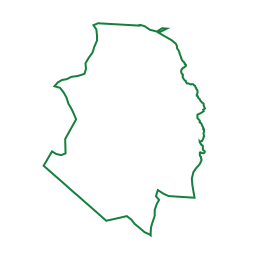 outline of San Lucas Zoquiápam, Oaxaca, Mexico, rotated 97°
{"feature_id": "50627088B48388280535597", "entity_name": "San Lucas Zoquiápam", "entity_type": "district", "adm_level": 2, "iso_a3": "MEX", "parent_name": "Mexico", "parent_adm1": "Oaxaca", "projection": "orthographic", "projection_center": [-96.922, 18.111], "detail": "fine", "context": "isolated", "style": "outline", "palette": "green", "viewbox_px": 256, "rotation_deg": 97, "n_neighbors": 0, "source": "geoboundaries", "source_scale": "gbopen_adm2", "svg_char_len": 4320}
<svg xmlns="http://www.w3.org/2000/svg" viewBox="0 0 256 256"><g transform="rotate(97 128 128)"><path d="M27.7,170.5L27.8,170.7L30.2,174.8L34.1,171.4L40.2,170.0L41.1,169.9L44.1,169.5L44.9,169.4L46.2,169.8L48.4,170.4L49.7,170.8L50.5,171.0L51.7,171.4L54.0,171.8L54.8,171.9L57.2,172.4L57.5,172.4L63.2,175.6L63.4,175.7L65.0,176.4L66.5,177.0L69.0,178.1L72.1,177.4L72.8,177.3L73.9,177.0L74.4,176.9L77.7,177.5L79.6,177.9L82.4,184.0L84.2,190.6L87.0,194.7L88.4,199.4L91.3,203.2L95.5,206.1L96.4,200.4L100.7,196.1L105.2,192.8L111.3,190.0L112.1,189.3L115.4,186.8L116.8,185.8L117.8,185.2L120.9,183.3L125.7,180.6L128.6,181.7L146.5,189.0L150.7,188.4L160.8,186.9L161.0,187.2L163.1,191.1L162.9,192.7L162.5,196.1L161.2,199.1L160.5,200.6L162.9,201.6L164.9,202.5L166.4,203.1L167.7,203.7L169.9,204.6L171.6,205.3L172.7,205.8L174.2,206.5L174.6,206.6L175.7,207.1L176.1,206.6L180.9,199.6L187.5,189.9L187.6,189.7L190.8,185.0L195.0,178.9L199.2,172.8L201.8,168.8L204.1,165.5L206.2,162.5L208.3,159.3L210.1,156.7L211.6,154.5L222.7,138.3L221.9,136.0L220.7,132.6L218.8,127.2L217.6,123.9L216.6,121.2L215.6,118.4L218.6,113.5L222.5,109.5L226.2,103.7L227.6,101.5L229.4,98.9L230.5,95.2L230.8,94.2L231.8,92.4L230.5,92.6L227.9,92.8L226.3,92.9L224.8,93.0L224.3,93.1L223.6,93.0L221.7,92.7L219.2,92.3L218.7,92.2L213.4,91.1L212.3,90.9L211.8,90.8L211.0,90.9L206.9,91.4L206.2,91.4L205.8,91.5L204.8,91.2L204.1,91.1L200.0,90.2L198.3,89.5L196.0,88.6L195.6,88.4L192.2,92.0L186.0,90.8L189.0,84.5L189.0,84.4L189.5,82.9L189.9,81.6L190.3,80.2L190.6,79.3L190.5,77.2L190.3,74.6L190.3,74.1L190.3,73.7L189.1,53.5L186.5,54.2L184.1,55.0L182.0,55.6L180.7,56.0L177.0,57.1L176.0,57.3L172.7,58.0L170.7,58.4L170.2,58.5L169.0,58.3L165.6,57.9L163.8,57.7L160.5,56.0L159.4,55.4L155.8,52.8L155.3,52.5L153.6,51.9L151.1,51.1L150.6,51.3L150.1,51.2L149.4,51.8L148.4,51.8L147.9,51.9L147.1,53.0L146.0,53.4L145.4,53.5L144.7,53.6L143.9,53.7L143.4,53.5L143.3,53.2L143.5,52.4L143.9,51.7L143.9,50.0L143.7,49.6L143.4,49.3L142.7,49.0L142.1,48.9L141.8,49.0L141.6,49.2L141.0,50.2L140.9,50.5L140.5,50.8L140.4,51.0L140.0,51.1L139.7,51.2L139.4,51.1L139.0,51.2L138.6,51.3L138.3,51.3L138.0,51.5L137.2,51.4L136.4,51.7L136.1,52.1L136.0,52.7L135.7,53.1L135.5,53.3L135.4,53.5L135.1,53.6L135.0,53.8L134.6,54.0L134.3,54.2L133.7,54.9L133.2,55.1L132.7,55.2L133.2,54.7L132.3,54.1L131.9,52.9L131.7,52.8L131.3,52.8L131.0,52.6L130.2,52.3L129.5,52.1L129.1,52.0L127.8,51.9L127.6,51.6L126.9,51.4L126.7,51.6L126.4,51.7L125.6,51.9L124.2,52.4L122.3,52.1L122.0,52.1L120.9,52.3L119.8,52.6L119.9,53.2L119.5,53.2L118.4,53.4L118.3,53.5L116.9,54.5L116.4,54.9L115.6,55.1L115.3,55.3L115.0,55.6L113.3,57.2L113.5,57.6L113.2,57.7L112.4,57.5L111.8,57.8L111.1,58.6L110.2,59.7L110.1,59.8L109.9,60.2L108.4,60.4L107.7,60.5L107.3,60.7L106.2,60.6L105.1,58.8L104.6,57.9L103.1,56.1L102.7,55.6L102.1,54.9L100.6,55.6L99.9,54.6L99.6,54.2L99.2,54.0L97.8,54.9L96.4,55.7L96.0,55.6L95.5,55.8L95.0,55.9L94.7,55.9L94.1,56.6L93.8,57.6L93.5,57.9L93.1,58.2L92.6,59.0L92.0,59.4L91.9,59.5L91.0,60.2L90.5,60.5L89.9,61.5L89.6,61.8L89.3,62.0L89.0,62.3L88.0,62.5L87.7,63.4L87.6,63.7L86.5,63.8L85.4,63.3L84.8,63.4L84.5,63.4L83.7,63.3L83.3,63.4L82.7,63.6L82.1,63.9L81.9,64.0L81.6,64.1L81.2,64.8L80.5,65.1L80.0,65.2L79.7,65.6L79.2,66.0L78.1,66.5L77.8,66.8L77.5,67.8L76.7,68.5L76.7,70.3L77.1,70.8L77.0,71.5L76.8,71.9L76.6,72.6L76.5,73.2L76.4,73.8L76.6,74.3L76.5,75.0L76.2,75.3L75.7,75.7L75.2,76.1L74.1,76.5L74.2,77.0L73.5,77.8L73.2,78.1L72.7,78.7L72.1,79.0L71.4,79.7L71.3,79.8L70.8,79.9L70.4,80.0L70.1,79.9L69.7,79.9L69.5,80.1L68.8,79.9L68.4,80.2L68.2,80.2L67.9,80.6L67.5,81.3L65.7,82.2L64.1,82.1L63.4,82.0L62.9,81.3L62.4,81.2L62.1,81.2L61.5,80.6L61.5,80.3L61.4,80.1L60.9,79.7L60.7,79.4L60.3,79.0L60.0,78.8L59.9,78.5L59.6,78.3L59.3,78.1L58.8,78.1L58.6,78.1L58.2,78.4L58.0,78.5L58.0,78.8L57.8,79.2L57.5,79.3L57.3,79.3L57.1,79.6L56.6,79.8L56.4,80.1L56.1,80.1L55.9,80.4L55.5,80.8L54.9,81.9L54.4,82.2L54.2,82.5L53.5,83.0L53.4,83.1L53.2,83.1L52.3,83.5L52.0,83.8L51.4,83.9L51.3,84.0L49.5,84.9L49.3,85.1L48.9,85.3L47.8,85.8L47.5,86.1L47.0,86.1L46.0,86.5L45.6,86.7L44.6,87.6L44.1,87.9L43.6,88.5L42.7,89.1L42.1,89.2L40.2,89.6L39.9,89.9L38.4,90.9L37.7,92.1L36.7,93.6L35.4,95.7L29.7,109.3L24.6,101.6L24.8,106.2L25.5,107.1L28.7,111.0L27.9,118.0L25.6,122.6L25.0,123.6L24.5,126.6L24.2,128.2L24.6,129.5L25.0,129.3L27.7,170.5Z" fill="none" stroke="#15803d" stroke-width="2"/></g></svg>